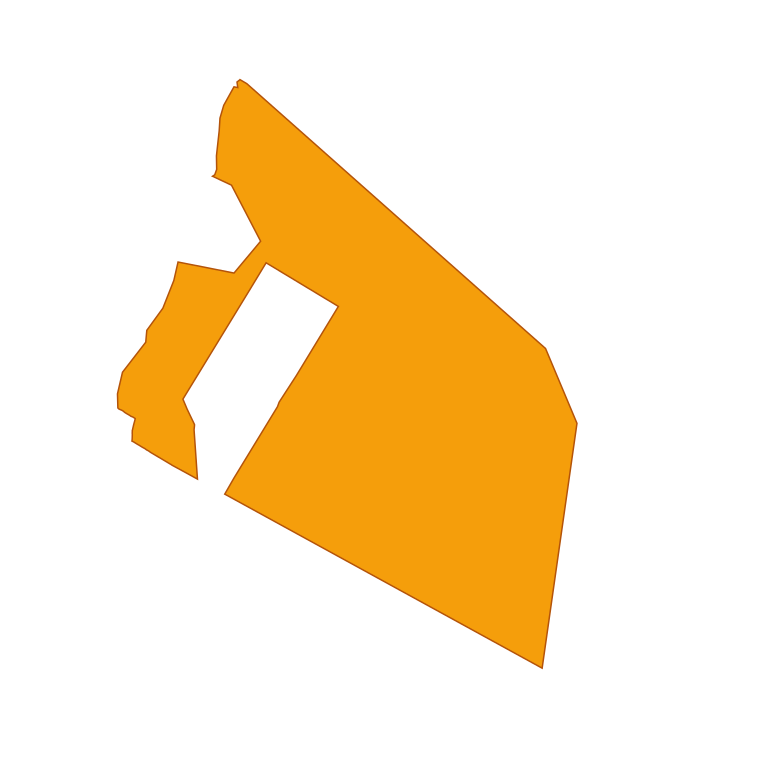 Zemam Out, Ash Sharqiyah, Egypt, rotated 32°
{"feature_id": "37247803B42023857067519", "entity_name": "Zemam Out", "entity_type": "district", "adm_level": 2, "iso_a3": "EGY", "parent_name": "Egypt", "parent_adm1": "Ash Sharqiyah", "projection": "equal_earth", "projection_center": [31.428, 30.239], "detail": "fine", "context": "isolated", "style": "filled", "palette": "amber", "viewbox_px": 768, "rotation_deg": 32, "n_neighbors": 0, "source": "geoboundaries", "source_scale": "gbopen_adm2", "svg_char_len": 1392}
<svg xmlns="http://www.w3.org/2000/svg" viewBox="0 0 768 768"><g transform="rotate(32 384 384)"><path d="M307.3,561.8L668.7,541.2L568.5,315.1L502.2,268.3L427.9,255.8L108.5,202.0L100.6,202.2L100.6,202.3L99.3,205.8L102.9,210.1L99.3,211.5L100.4,232.6L104.0,245.4L110.1,256.7L121.0,279.3L128.4,290.7L129.6,296.3L128.5,298.7L149.3,296.2L203.7,328.3L198.0,369.4L144.7,389.7L150.9,407.5L156.3,436.9L154.4,464.2L159.8,474.8L156.0,512.6L163.2,533.6L170.9,545.2L171.1,545.4L172.6,545.7L173.8,545.5L175.2,545.3L175.4,545.2L177.3,545.2L177.6,545.2L178.4,545.4L179.4,545.5L181.3,545.5L183.9,545.4L185.6,545.4L186.5,545.5L188.3,545.1L190.1,545.1L190.7,545.1L191.3,545.1L191.8,546.4L192.1,547.3L193.0,550.3L193.4,551.6L193.8,552.7L194.3,554.2L194.8,555.6L195.0,556.2L195.1,556.7L195.3,557.0L195.6,557.5L196.0,558.2L196.7,559.4L197.3,560.2L198.0,561.4L198.6,562.4L199.4,563.8L199.9,564.7L200.5,566.0L201.3,565.9L202.1,565.8L202.3,565.8L204.6,565.8L206.0,565.8L206.9,565.8L208.6,565.7L210.4,565.7L212.2,565.7L214.1,565.6L215.3,565.5L217.7,565.7L219.6,565.5L222.3,565.7L243.6,565.2L244.8,565.2L246.0,565.1L247.1,565.2L252.0,564.9L276.2,563.5L247.2,523.5L245.4,519.8L245.1,519.3L245.0,519.2L244.8,518.8L230.3,509.6L221.5,503.4L221.4,495.6L221.2,473.0L220.2,373.4L219.8,343.7L304.2,342.4L305.2,423.1L304.7,455.0L305.7,459.7L306.6,543.4L307.3,561.8Z" fill="#f59e0b" stroke="#b45309" stroke-width="1.5"/></g></svg>